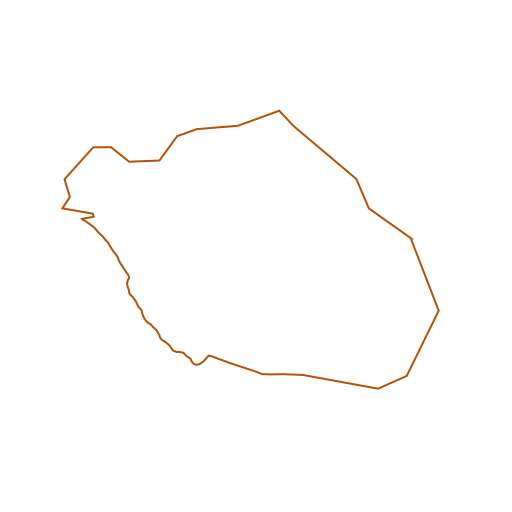 the district of Maban, Upper Nile, South Sudan, rotated 137°
{"feature_id": "79223893B87220542132951", "entity_name": "Maban", "entity_type": "district", "adm_level": 2, "iso_a3": "SSD", "parent_name": "South Sudan", "parent_adm1": "Upper Nile", "projection": "natural_earth1", "projection_center": [33.834, 10.017], "detail": "fine", "context": "isolated", "style": "outline", "palette": "amber", "viewbox_px": 512, "rotation_deg": 137, "n_neighbors": 0, "source": "geoboundaries", "source_scale": "gbopen_adm2", "svg_char_len": 1709}
<svg xmlns="http://www.w3.org/2000/svg" viewBox="0 0 512 512"><g transform="rotate(137 256 256)"><path d="M357.9,401.8L357.9,400.5L356.8,397.4L355.0,388.4L354.9,386.5L355.2,380.8L355.0,378.2L354.8,374.1L355.0,372.6L355.2,369.3L355.0,366.6L355.4,365.4L356.0,363.4L356.4,360.6L357.2,356.3L357.3,353.7L357.6,350.8L358.1,349.2L359.6,345.4L359.9,343.7L360.4,342.0L360.6,340.0L361.2,337.3L361.7,334.1L362.1,332.2L362.2,330.6L362.4,329.2L362.9,327.8L363.4,327.1L363.8,326.4L364.9,326.2L366.4,325.6L367.4,324.8L368.7,324.3L370.1,322.1L370.8,321.1L371.2,320.3L371.7,318.7L372.5,317.5L374.0,315.3L374.5,313.3L374.0,310.2L374.4,308.4L374.5,306.6L375.1,303.7L375.9,301.5L376.5,299.6L376.7,297.4L376.5,295.6L376.6,294.4L377.3,293.5L378.2,291.9L379.4,289.3L380.4,285.9L380.6,282.8L380.5,280.6L380.1,279.4L379.6,277.6L379.8,275.0L379.7,273.4L379.3,271.8L379.5,270.7L379.4,269.3L380.0,267.2L380.6,264.0L381.6,262.3L382.0,260.8L382.0,258.7L380.9,254.8L380.5,252.0L380.3,248.9L380.6,247.2L381.0,245.3L381.1,243.3L379.5,239.9L377.9,238.6L376.3,236.6L375.1,234.6L375.1,233.1L375.0,229.6L374.3,227.3L374.1,225.1L374.8,223.2L375.2,221.2L374.9,219.0L374.0,217.4L372.4,216.1L370.3,215.2L368.2,215.0L365.8,214.7L363.7,214.9L361.5,215.3L359.6,215.3L358.3,215.3L357.9,214.1L356.8,212.9L356.2,211.8L354.2,207.5L349.5,198.4L347.9,195.1L334.8,171.3L332.0,165.3L326.0,159.4L316.6,150.9L302.9,137.1L270.0,92.9L257.1,75.6L249.9,73.2L227.5,65.5L159.7,91.4L130.7,163.5L130.6,163.4L141.0,213.8L130.1,243.8L139.9,325.4L139.9,346.4L180.4,363.6L212.7,389.1L231.9,397.4L261.5,391.7L284.5,411.5L287.8,434.4L300.9,446.5L343.7,442.7L351.9,426.1L365.1,422.9L346.4,398.1L348.1,395.5L357.9,401.8Z" fill="none" stroke="#b45309" stroke-width="2"/></g></svg>